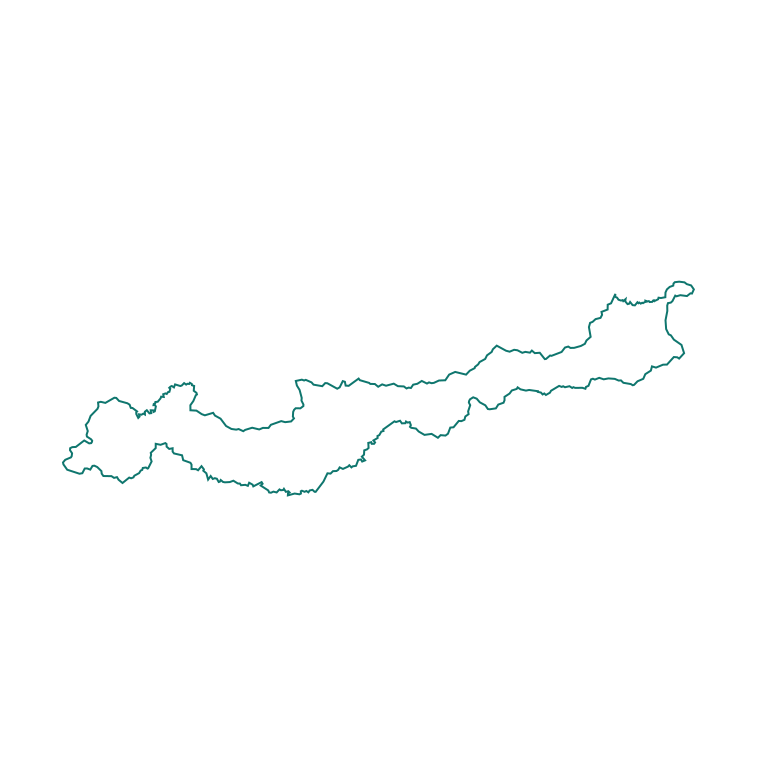 outline of Convención, Norte de Santander, Colombia, rotated 233°
{"feature_id": "7082276B19250418981939", "entity_name": "Convención", "entity_type": "district", "adm_level": 2, "iso_a3": "COL", "parent_name": "Colombia", "parent_adm1": "Norte de Santander", "projection": "mercator", "projection_center": [-73.204, 8.833], "detail": "fine", "context": "isolated", "style": "outline", "palette": "teal", "viewbox_px": 768, "rotation_deg": 233, "n_neighbors": 0, "source": "geoboundaries", "source_scale": "gbopen_adm2", "svg_char_len": 6151}
<svg xmlns="http://www.w3.org/2000/svg" viewBox="0 0 768 768"><g transform="rotate(233 384 384)"><path d="M273.1,688.4L277.9,688.6L281.6,685.9L284.3,685.2L288.1,681.3L290.3,677.5L290.0,675.7L288.5,674.2L289.6,670.6L289.3,666.9L287.7,663.9L284.0,660.9L286.0,656.9L287.7,655.2L286.7,653.9L287.3,650.7L288.2,650.2L287.7,649.5L288.6,649.0L288.2,647.6L290.0,644.9L289.8,645.6L290.8,645.4L291.8,643.1L292.2,643.6L293.2,642.9L292.4,642.4L292.7,639.5L293.5,639.1L293.7,637.4L295.4,636.9L295.4,635.8L296.8,635.6L295.8,631.7L297.4,630.0L301.4,629.9L300.6,628.0L301.2,626.6L304.9,626.4L306.4,628.0L306.2,624.9L307.4,625.0L308.0,623.5L310.2,622.0L312.7,622.1L314.5,621.1L316.7,623.0L311.8,613.9L312.7,610.4L308.9,607.4L310.7,601.1L308.0,599.8L306.5,596.7L308.5,592.0L308.1,588.0L308.8,585.4L306.1,581.9L297.3,577.4L296.9,571.9L295.2,568.6L295.9,564.1L298.4,557.7L300.6,554.6L303.0,553.7L304.2,550.5L302.7,545.1L305.7,534.7L306.8,533.8L306.5,528.5L307.1,527.4L315.2,527.2L317.9,523.0L321.7,522.2L321.2,519.4L324.6,516.2L325.7,513.2L330.6,510.9L333.0,508.5L334.2,503.8L337.1,501.5L346.8,497.1L346.2,491.8L344.8,489.3L344.9,483.5L343.1,479.9L344.0,473.5L343.0,471.0L342.9,467.0L342.1,465.9L343.0,460.5L342.1,455.2L350.8,448.1L352.3,441.7L350.1,435.2L353.7,430.0L354.9,424.5L356.0,422.5L358.2,420.9L358.5,418.6L363.7,416.0L364.1,410.8L365.9,406.9L364.6,403.1L366.3,401.5L366.9,399.3L370.1,398.4L373.9,393.8L378.4,392.0L381.4,384.6L384.8,382.3L385.3,377.7L389.5,376.7L392.3,373.1L393.8,372.8L401.6,367.0L403.6,367.0L403.8,354.7L405.8,352.4L409.3,354.1L411.1,352.8L408.0,346.6L408.4,343.8L418.7,339.2L420.1,337.6L419.4,333.4L425.9,327.3L428.9,327.1L434.4,324.0L434.9,322.3L436.9,321.0L439.5,315.4L435.2,313.5L430.0,313.0L422.4,309.9L420.4,308.1L416.1,307.3L414.9,306.3L414.9,302.6L417.8,298.8L417.5,296.7L416.4,294.7L412.8,291.6L410.7,291.4L410.0,287.3L413.0,282.1L416.2,279.6L419.5,269.1L418.4,265.3L421.8,260.9L422.8,257.0L428.4,252.4L430.9,245.5L431.0,243.2L435.5,240.8L436.5,238.5L439.9,235.1L445.5,232.6L454.7,232.6L460.5,230.0L463.8,230.2L466.8,222.1L469.6,220.3L475.6,218.2L479.5,213.6L483.6,216.6L485.1,221.4L488.3,227.0L488.2,228.3L489.8,228.9L493.1,228.0L496.7,231.2L498.6,229.9L499.6,230.5L501.8,229.7L501.3,228.4L502.5,227.1L502.6,225.6L505.0,224.9L504.5,221.5L505.0,220.1L509.4,216.9L507.7,214.2L510.1,213.3L510.4,212.0L510.2,210.2L508.8,210.4L506.9,207.9L507.5,206.6L506.8,204.5L508.0,203.8L508.7,201.5L506.2,200.3L508.0,198.4L507.0,196.9L506.0,192.6L507.2,190.6L506.3,189.7L506.6,188.1L505.8,187.2L504.9,188.4L503.4,188.3L500.1,184.5L500.4,183.2L501.5,184.2L503.4,181.9L500.9,180.4L501.7,179.0L505.8,178.8L505.8,176.4L503.5,174.7L505.2,174.0L505.4,171.9L507.2,170.1L505.1,169.2L504.8,167.3L509.1,168.1L510.5,169.1L510.7,170.3L516.2,168.7L517.3,167.4L520.6,168.4L523.0,167.5L529.9,162.2L534.0,161.8L535.3,160.4L536.6,150.1L540.2,147.1L541.3,144.5L538.0,142.5L536.6,140.3L535.1,130.5L531.8,125.3L530.8,121.2L524.7,119.1L522.5,116.0L520.8,115.1L516.1,116.8L514.3,116.8L513.5,115.9L513.0,114.6L514.0,112.8L519.3,110.6L519.2,100.0L521.2,97.0L521.6,94.7L520.1,93.4L516.4,93.2L514.3,91.1L513.8,89.8L515.3,83.8L514.5,80.4L512.7,79.6L506.2,79.4L495.6,86.8L494.3,89.4L496.6,94.1L495.3,96.0L492.4,97.9L494.0,101.9L493.1,103.5L490.3,105.0L484.5,105.9L482.3,104.6L479.4,104.5L474.4,110.9L471.5,111.9L470.3,114.7L467.3,114.4L462.3,115.6L462.6,124.2L460.9,125.3L460.2,127.7L461.0,129.4L460.2,134.8L461.3,137.6L460.9,139.2L462.1,140.8L460.6,143.6L458.8,144.2L458.6,144.9L462.0,151.8L465.6,153.0L467.6,155.4L469.4,156.3L470.2,163.1L473.6,165.7L469.9,169.0L468.4,173.8L467.0,174.2L464.8,172.7L461.4,173.4L459.9,176.5L457.2,174.5L454.9,174.5L448.6,179.8L444.0,177.8L437.6,182.0L435.5,181.8L431.9,179.1L429.1,182.7L427.0,183.6L428.2,188.8L424.2,188.8L423.5,187.5L419.6,188.4L413.5,186.0L414.8,190.2L411.2,190.1L410.6,192.2L408.9,193.5L405.2,193.0L404.8,194.1L405.6,195.8L402.6,196.5L401.2,197.8L398.5,201.8L397.4,205.5L392.5,207.4L391.2,209.0L389.2,208.9L386.9,212.6L384.6,214.0L386.3,216.9L382.6,218.5L380.9,218.0L379.3,227.2L377.4,227.0L377.1,224.4L368.7,227.5L366.5,227.0L365.2,228.3L364.6,230.9L362.0,233.0L362.7,237.1L361.2,237.7L360.0,239.7L360.5,241.0L357.0,240.7L355.9,243.1L354.2,243.3L354.4,241.5L352.9,240.2L350.3,246.7L346.8,250.1L346.5,251.7L348.4,253.0L348.2,254.2L345.7,255.7L345.3,257.6L343.0,258.4L343.7,260.6L342.5,263.2L339.7,263.7L339.0,264.5L342.5,276.9L346.7,285.1L344.6,287.4L345.1,290.8L343.1,293.7L343.0,295.8L344.1,298.4L340.9,300.1L339.7,305.5L340.0,307.4L337.0,307.8L337.1,309.4L335.5,312.4L338.9,317.8L337.6,320.2L335.2,319.9L334.4,322.9L339.3,322.6L339.6,325.5L342.9,328.3L342.0,331.0L342.2,333.2L346.4,336.0L345.2,338.8L343.6,338.2L342.2,340.1L342.7,341.7L345.3,341.6L344.7,346.4L346.4,347.5L346.0,349.5L347.6,353.2L346.8,355.3L348.2,356.0L347.9,369.9L346.4,370.7L345.0,374.7L341.8,374.6L339.8,377.5L340.8,379.0L338.9,379.7L338.1,381.6L335.0,380.7L334.2,379.0L332.6,379.4L329.2,382.7L325.2,383.1L319.0,385.7L315.5,392.0L308.6,394.7L309.1,398.4L305.8,402.1L305.8,405.2L309.3,410.7L307.6,413.5L309.5,421.5L307.8,423.4L307.0,426.7L309.1,429.4L309.0,433.4L311.5,434.7L315.2,440.1L318.1,440.6L319.1,441.6L320.0,443.4L319.7,447.2L316.5,449.2L311.7,449.5L306.0,452.1L301.5,451.9L300.2,453.2L297.2,458.7L298.8,462.9L297.1,468.2L298.5,470.5L301.2,472.5L300.8,478.5L301.9,482.2L300.2,487.0L300.9,488.7L297.6,489.8L293.3,493.4L291.9,496.3L285.6,502.6L285.1,502.1L282.7,504.2L280.2,504.4L280.0,506.3L277.8,506.7L277.2,511.3L278.1,513.3L277.1,522.7L274.7,524.2L274.4,525.7L272.5,526.6L270.6,530.8L267.6,531.9L267.5,533.3L265.9,534.3L261.6,540.1L259.0,542.0L260.1,543.6L259.5,546.2L263.1,552.1L262.5,554.0L260.6,555.1L259.4,559.6L255.5,562.3L253.4,566.6L249.2,571.4L245.5,573.5L244.3,575.4L240.9,575.9L235.4,581.1L233.3,581.9L232.8,583.2L233.6,588.1L232.1,594.2L234.6,598.6L234.1,605.2L236.8,608.6L233.4,611.1L231.5,618.5L229.2,621.7L231.1,631.7L228.8,634.3L226.7,635.0L228.0,642.2L236.2,645.1L245.0,642.2L250.2,642.4L252.3,641.3L258.1,642.4L265.5,647.2L271.8,654.2L276.2,657.4L277.7,659.5L276.4,662.0L276.6,664.2L279.3,669.8L278.0,670.4L276.6,674.1L271.9,678.9L272.0,683.3L270.9,684.4L273.1,688.4Z" fill="none" stroke="#0f766e" stroke-width="2"/></g></svg>